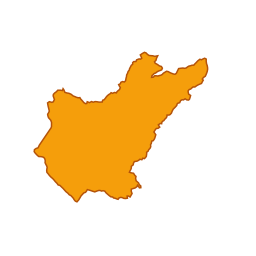 the district of Registro, São Paulo, Brazil, rotated 161°
{"feature_id": "56859067B86828019663063", "entity_name": "Registro", "entity_type": "district", "adm_level": 2, "iso_a3": "BRA", "parent_name": "Brazil", "parent_adm1": "São Paulo", "projection": "albers", "projection_center": [-47.856, -24.495], "detail": "fine", "context": "isolated", "style": "filled", "palette": "amber", "viewbox_px": 256, "rotation_deg": 161, "n_neighbors": 0, "source": "geoboundaries", "source_scale": "gbopen_adm2", "svg_char_len": 4082}
<svg xmlns="http://www.w3.org/2000/svg" viewBox="0 0 256 256"><g transform="rotate(161 128 128)"><path d="M31.6,167.7L32.8,169.0L34.5,168.9L36.3,168.6L37.7,169.6L40.3,168.7L42.3,167.6L44.0,166.8L45.3,166.0L47.0,166.5L48.6,166.5L50.3,166.7L51.7,166.4L53.6,165.8L55.1,166.0L56.5,166.8L58.6,167.3L60.8,167.7L63.2,165.3L64.6,163.9L66.1,163.5L67.5,164.3L69.9,166.3L71.7,168.3L73.1,169.1L74.9,168.7L76.7,168.3L78.4,167.4L80.0,167.2L81.4,167.4L82.8,167.4L84.4,168.2L85.7,168.7L87.5,167.8L89.2,168.2L88.2,169.8L87.0,170.2L85.6,171.0L84.0,171.0L82.3,171.6L80.6,171.9L79.0,171.9L77.2,172.0L76.0,173.4L76.4,175.3L78.1,176.5L79.4,178.4L81.2,180.4L81.4,182.0L79.6,182.8L78.3,184.7L76.4,186.6L77.7,186.8L79.3,187.0L81.2,188.3L82.7,188.9L84.6,189.8L85.8,191.6L86.4,193.0L87.8,194.2L90.1,193.8L92.6,193.1L92.4,191.8L92.3,189.5L93.7,189.0L95.0,189.7L96.3,189.7L97.7,189.6L98.8,188.3L101.0,188.9L102.3,188.3L102.9,186.7L104.5,186.2L105.7,185.0L107.2,183.6L108.0,182.3L109.5,181.4L110.6,179.9L112.0,178.6L112.8,176.9L113.6,175.8L114.2,174.7L115.0,173.4L116.5,172.7L118.1,173.7L119.9,173.5L120.9,172.3L122.7,172.1L122.5,170.4L122.1,168.7L123.5,167.1L124.8,166.7L126.6,165.9L127.5,165.0L129.2,166.0L131.3,165.8L132.5,166.9L133.7,166.2L135.3,165.9L137.1,165.2L138.5,164.4L139.7,163.5L141.4,162.5L142.9,162.5L143.9,161.0L146.2,161.6L147.5,162.2L149.1,163.1L150.6,163.7L152.5,163.7L153.9,164.9L156.1,164.5L158.0,166.1L159.0,164.6L160.3,164.9L161.5,166.4L162.4,168.8L163.3,170.8L163.6,172.4L165.3,172.8L167.1,174.1L168.1,175.1L169.3,176.0L170.8,178.4L172.5,180.0L174.5,181.1L176.1,182.3L176.2,184.9L176.6,186.3L177.8,184.8L179.7,185.8L182.1,186.6L183.9,185.6L185.9,185.0L187.6,184.1L188.3,182.7L188.3,181.0L188.3,178.9L190.1,177.1L191.6,177.0L193.8,178.5L195.9,177.9L196.4,174.8L196.6,172.6L196.9,169.6L198.2,168.2L199.5,167.2L199.8,165.5L199.8,163.6L199.3,162.4L198.5,160.4L198.5,158.1L199.9,154.2L200.8,153.1L217.5,140.6L218.7,139.3L219.7,138.5L221.4,138.6L223.5,138.0L224.4,136.2L223.8,134.2L222.6,131.6L221.7,130.1L219.7,129.3L218.2,128.5L217.1,127.4L216.7,125.7L216.9,124.0L217.7,122.2L217.5,120.3L217.2,118.5L217.3,116.9L218.0,115.8L218.8,114.1L219.1,112.4L218.5,111.0L217.8,108.8L216.9,106.8L215.6,104.6L214.8,102.7L214.2,101.0L213.1,98.7L212.6,96.9L211.0,95.8L210.0,93.8L209.1,92.1L208.2,89.9L207.4,88.0L206.1,86.0L205.3,84.0L204.0,82.7L203.4,81.4L202.5,79.2L202.3,77.9L201.6,76.0L200.3,74.8L198.1,76.0L196.9,77.0L195.7,78.0L194.5,79.1L192.6,80.1L191.0,81.0L189.1,81.0L187.6,82.0L186.5,83.0L184.9,81.9L183.5,80.9L182.0,79.7L180.2,78.4L177.9,78.5L176.3,78.5L174.8,78.1L173.6,77.0L171.9,76.8L170.5,75.8L169.9,73.9L169.0,72.3L167.9,70.4L166.6,68.5L165.0,67.8L164.4,66.5L163.1,65.8L161.6,64.5L160.6,63.8L159.2,64.8L157.6,64.8L156.3,64.2L154.8,62.8L153.2,62.1L151.4,61.8L151.0,63.9L149.8,63.6L148.5,62.1L147.0,63.4L145.5,64.7L145.5,67.2L144.8,69.1L143.1,69.1L140.8,69.0L138.5,69.7L137.7,70.8L137.0,69.1L136.7,67.7L135.3,67.4L134.8,69.1L135.8,70.8L135.9,72.6L137.5,75.5L137.2,77.9L136.2,79.7L136.9,80.8L137.5,83.4L139.5,84.5L141.1,85.7L140.1,86.8L139.0,87.7L138.0,88.9L137.3,90.7L135.0,91.5L134.4,92.8L132.9,94.2L130.3,93.7L128.3,94.0L127.0,94.6L125.2,93.5L123.9,94.6L122.5,93.7L121.2,94.3L119.9,95.2L118.7,97.6L118.3,99.0L116.6,99.5L115.5,100.7L113.7,101.7L112.6,102.9L112.1,104.9L111.0,105.8L109.8,107.9L108.3,107.8L106.5,109.1L105.4,110.5L103.9,112.6L104.4,114.3L104.8,115.8L103.8,116.6L102.5,117.7L101.3,118.3L99.7,117.9L97.7,118.5L98.3,121.1L96.1,121.8L94.8,121.1L94.2,122.3L93.2,123.1L91.8,123.3L90.2,124.4L88.8,125.0L87.6,126.0L86.9,127.5L85.0,126.9L83.8,127.0L82.0,128.0L80.9,129.4L79.1,131.1L76.8,132.2L74.6,133.4L73.9,134.6L72.8,135.2L70.9,135.1L69.3,136.8L67.6,137.1L66.4,136.5L64.5,137.0L63.2,135.4L61.6,134.7L60.5,135.2L59.2,136.9L58.2,138.4L59.6,140.2L59.4,142.6L58.8,143.8L57.4,144.5L56.1,144.4L54.6,145.1L53.1,145.6L51.4,145.0L49.1,145.7L47.2,146.0L45.6,146.1L44.0,146.2L42.7,147.5L41.3,148.7L41.8,150.1L40.2,151.2L38.0,151.8L36.6,153.3L35.5,154.6L34.6,155.8L33.6,157.6L33.1,159.2L32.8,161.1L32.8,163.3L32.3,165.8L31.6,167.7Z" fill="#f59e0b" stroke="#b45309" stroke-width="1.5"/></g></svg>